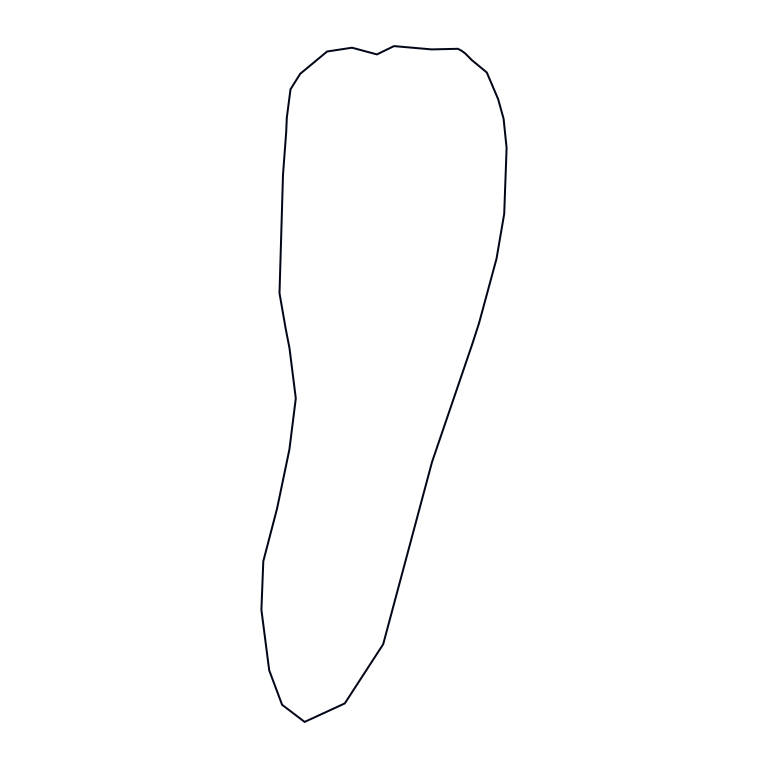 the district of Houk, Federated States of Micronesia
{"feature_id": "79324940B89038151202543", "entity_name": "Houk", "entity_type": "district", "adm_level": 2, "iso_a3": "FSM", "parent_name": "Federated States of Micronesia", "parent_adm1": "", "projection": "natural_earth1", "projection_center": [149.302, 6.687], "detail": "fine", "context": "isolated", "style": "outline", "palette": "ink", "viewbox_px": 768, "rotation_deg": 0, "n_neighbors": 0, "source": "geoboundaries", "source_scale": "gbopen_adm2", "svg_char_len": 558}
<svg xmlns="http://www.w3.org/2000/svg" viewBox="0 0 768 768"><path d="M472.3,344.0L479.0,323.3L496.5,258.8L504.2,213.9L506.6,148.0L503.6,118.8L498.2,99.3L486.8,72.5L471.7,60.0L465.2,53.4L461.2,50.5L457.8,48.8L431.6,49.4L394.0,46.1L376.9,54.4L352.0,47.7L327.1,51.5L300.2,73.8L290.5,89.3L286.8,117.8L286.2,132.0L283.0,174.8L279.5,293.2L285.7,328.8L289.5,348.2L295.8,398.4L289.4,449.5L277.1,508.4L263.3,561.3L261.4,609.8L269.2,670.3L282.1,704.8L304.6,721.9L344.8,703.4L383.2,644.2L432.0,462.1L472.3,344.0Z" fill="none" stroke="#020617" stroke-width="2"/></svg>